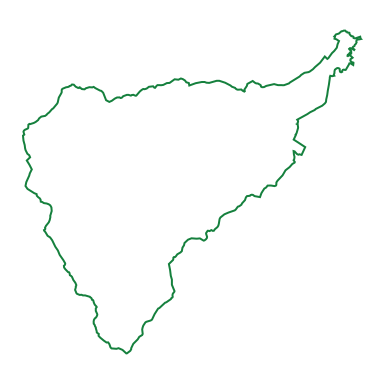 the district of Slatina, Suceava, Romania
{"feature_id": "2599482B74228482681233", "entity_name": "Slatina", "entity_type": "district", "adm_level": 2, "iso_a3": "ROU", "parent_name": "Romania", "parent_adm1": "Suceava", "projection": "mercator", "projection_center": [25.97, 47.412], "detail": "fine", "context": "isolated", "style": "outline", "palette": "green", "viewbox_px": 384, "rotation_deg": 0, "n_neighbors": 0, "source": "geoboundaries", "source_scale": "gbopen_adm2", "svg_char_len": 5741}
<svg xmlns="http://www.w3.org/2000/svg" viewBox="0 0 384 384"><path d="M360.6,38.6L360.2,36.7L355.2,38.4L353.8,38.1L353.5,37.9L353.5,36.9L353.3,36.6L352.0,36.1L351.4,36.2L349.8,34.5L349.5,33.9L349.5,33.0L349.2,32.7L347.3,32.5L346.8,31.7L346.0,31.6L345.2,30.6L343.8,30.6L342.4,31.2L341.4,31.3L338.8,33.6L336.0,34.4L334.4,36.4L335.0,36.6L334.5,38.7L336.4,39.3L339.0,41.0L337.6,44.2L336.8,47.7L334.2,51.0L332.0,53.1L328.3,58.2L327.3,58.9L324.8,56.5L320.1,62.7L315.0,67.1L313.0,69.2L309.8,71.5L308.6,72.1L304.5,72.8L301.2,74.9L299.6,76.5L289.9,82.5L289.0,83.4L284.0,85.2L277.9,85.1L274.1,84.1L266.3,85.9L264.0,87.1L262.1,87.2L261.1,86.7L260.9,86.3L260.8,85.4L260.3,84.9L257.9,83.5L256.2,83.4L255.0,82.8L252.7,81.0L247.4,83.9L246.8,86.0L244.4,89.6L244.8,91.2L244.3,91.6L242.6,90.7L241.3,89.5L237.8,89.7L237.0,89.5L235.7,88.7L235.1,87.9L231.9,86.7L230.5,85.5L225.1,82.7L219.3,80.8L216.7,80.8L209.2,82.9L206.5,82.7L204.6,82.0L201.8,82.0L195.7,83.2L189.3,85.5L188.8,83.0L186.3,82.3L185.0,80.5L182.8,79.1L180.9,78.5L178.4,79.7L174.6,79.3L169.6,82.9L166.8,83.1L163.3,84.9L161.3,85.2L157.6,85.1L156.7,85.7L155.1,87.8L154.4,87.7L153.1,86.3L148.9,86.8L146.6,88.6L144.6,89.2L143.2,89.0L141.7,89.9L139.8,91.5L136.3,95.6L135.4,95.7L133.3,94.8L131.6,95.1L130.9,95.6L128.6,94.9L126.8,94.9L123.5,96.1L122.8,96.5L122.5,97.1L121.9,97.6L121.2,97.9L120.5,98.0L119.6,97.4L117.0,97.5L114.8,98.6L111.8,100.8L109.3,101.9L106.1,100.2L103.2,92.8L101.9,91.4L101.1,90.8L100.1,90.6L95.3,88.1L94.1,87.2L93.6,86.9L92.3,87.4L89.3,87.2L85.8,88.3L84.6,89.3L83.0,89.2L81.8,89.0L81.3,88.4L80.1,88.1L79.7,87.3L78.2,88.0L75.7,86.7L73.8,84.7L72.0,84.5L70.7,85.8L69.5,86.0L69.0,86.6L67.9,87.0L66.0,87.3L62.7,88.7L61.9,89.4L61.7,90.2L61.7,92.2L61.3,93.2L58.8,97.6L57.7,102.6L57.1,103.7L53.2,108.4L52.0,109.2L49.2,112.4L47.4,113.8L46.6,114.8L45.1,115.9L41.3,116.6L39.1,118.4L38.1,120.1L35.6,122.0L33.7,123.0L30.1,124.1L29.4,123.9L28.4,124.7L28.2,127.9L27.8,128.5L24.9,129.8L23.9,130.7L23.5,131.6L23.6,132.3L24.3,134.6L23.0,135.6L23.1,136.9L23.5,140.7L24.7,145.1L25.1,148.3L25.6,150.2L27.4,153.8L29.2,155.2L30.1,157.3L26.8,160.5L29.4,164.7L31.8,169.4L29.8,173.4L29.2,175.7L26.3,182.1L25.5,186.0L27.5,188.9L34.3,193.2L36.6,194.1L36.8,195.7L38.2,197.2L39.7,198.3L40.5,199.5L40.8,201.7L42.2,202.0L43.9,203.1L46.7,203.5L48.8,204.3L50.3,205.4L51.4,207.4L51.7,211.0L50.2,216.0L50.4,216.9L49.7,220.1L48.8,222.3L46.0,225.8L45.0,227.8L45.3,228.8L44.7,229.8L44.0,230.1L44.1,230.6L45.4,232.1L47.6,235.8L50.1,237.4L52.2,240.3L55.3,246.7L57.9,250.5L59.7,254.9L63.4,260.2L65.2,263.4L65.1,264.3L64.8,265.0L63.9,265.8L64.1,267.5L65.3,269.2L68.1,272.1L69.1,272.3L69.5,273.0L69.9,275.2L71.2,276.0L72.0,276.9L73.4,280.1L75.3,282.7L76.3,285.0L76.2,285.8L75.8,286.3L75.8,287.4L75.1,289.9L76.5,293.3L77.0,293.8L79.6,294.9L81.6,294.8L82.9,295.4L85.1,295.4L89.9,296.8L90.2,297.3L91.2,297.9L91.7,298.6L91.9,299.7L93.0,300.1L93.3,300.5L93.8,302.5L94.7,304.6L96.6,306.7L96.7,307.1L95.8,308.4L95.8,310.9L97.1,313.8L97.3,314.4L97.2,315.2L96.6,316.6L95.7,317.8L94.8,318.4L93.9,320.0L93.6,322.0L93.8,323.1L93.7,323.7L94.6,324.8L95.1,326.4L95.8,327.4L95.8,328.2L96.7,331.3L96.8,332.5L98.8,334.0L98.6,335.2L98.6,335.9L100.2,337.6L103.8,340.6L106.5,342.5L108.2,342.4L109.4,344.2L110.5,347.4L111.5,348.4L116.4,348.8L118.6,348.2L122.5,349.9L126.3,353.4L127.0,353.3L130.3,350.8L131.2,349.2L131.2,348.2L133.3,343.8L137.7,339.4L139.3,336.8L142.2,335.0L142.7,333.9L142.2,329.5L142.6,327.6L143.3,325.6L145.3,322.5L146.3,321.8L150.7,320.5L152.0,319.6L154.6,314.1L158.1,308.6L159.4,308.0L165.1,302.7L166.3,302.3L170.9,299.1L171.4,298.1L172.4,297.5L172.7,296.9L172.5,295.5L172.6,294.4L172.9,293.6L174.3,291.8L174.5,291.1L171.9,284.8L171.9,279.6L170.8,275.8L170.1,270.1L168.9,264.0L173.0,260.0L173.3,259.2L173.4,257.6L174.1,257.0L174.9,257.1L175.7,256.5L177.3,254.3L180.4,252.5L181.8,251.2L182.5,247.6L184.0,245.3L184.5,243.0L188.0,239.7L191.5,238.3L196.7,238.7L199.9,238.4L203.6,240.6L204.5,240.4L205.9,239.3L206.8,238.2L207.1,236.9L206.1,233.8L206.1,233.1L207.5,231.0L207.9,230.7L209.6,231.1L211.3,230.1L212.9,230.9L213.9,230.7L214.8,229.3L217.4,227.1L218.3,225.7L218.8,223.9L219.6,219.0L220.4,217.5L224.4,214.3L228.6,212.5L234.7,210.4L235.7,209.6L237.8,206.7L239.3,206.2L241.4,204.7L242.0,203.4L245.0,200.1L245.9,197.4L247.0,196.1L249.9,195.8L250.5,195.1L251.9,194.7L253.1,195.0L254.5,196.1L260.0,197.1L261.4,193.2L262.5,191.4L264.3,188.6L266.1,187.5L267.6,185.6L270.8,185.5L274.6,186.1L275.9,185.6L276.3,184.9L276.4,182.4L277.6,180.6L282.6,175.3L285.5,170.3L289.6,167.1L292.3,164.0L294.6,162.6L294.8,162.0L293.6,160.2L294.1,159.5L294.3,158.6L294.5,156.9L293.9,154.4L293.6,151.1L294.6,151.4L296.8,153.9L297.7,154.4L298.4,154.7L299.4,154.3L301.6,154.9L305.2,147.1L293.7,139.6L295.9,134.9L295.6,134.7L296.6,133.1L298.0,128.2L298.1,127.4L297.7,124.6L297.0,124.1L297.7,123.7L297.6,122.8L298.0,122.1L298.1,121.0L297.2,119.7L307.4,114.1L310.2,112.2L314.7,110.0L315.7,109.0L322.2,105.7L324.9,103.4L325.9,102.0L326.1,100.9L326.2,99.5L327.2,95.1L327.8,90.7L328.9,84.7L329.8,78.2L329.8,77.2L330.3,75.8L332.1,76.2L334.3,75.7L333.8,74.8L334.4,73.2L334.5,71.2L334.9,69.7L336.7,68.3L337.9,68.0L339.3,68.5L339.7,69.0L339.8,70.9L340.1,71.8L341.1,72.3L342.2,71.8L342.1,71.1L342.8,69.9L343.9,69.6L345.1,70.0L345.8,69.8L348.8,64.7L349.4,63.3L350.4,63.3L353.2,65.0L353.5,62.8L353.4,62.6L351.7,62.1L350.6,61.0L350.3,60.3L350.5,59.2L352.6,57.7L350.2,55.4L349.0,55.4L347.9,56.1L347.5,55.9L347.8,54.8L348.9,54.7L348.7,54.2L349.8,52.8L350.7,53.8L351.2,53.6L351.3,52.7L351.1,52.0L351.2,51.0L349.3,49.3L349.1,48.9L350.1,48.1L353.2,49.3L354.1,50.0L354.4,49.6L352.7,48.2L352.5,47.6L353.2,46.7L354.4,46.1L354.8,44.8L355.8,43.9L356.6,42.3L356.3,41.4L356.5,40.5L357.6,39.3L358.6,39.5L361.0,39.0L360.6,38.6Z" fill="none" stroke="#15803d" stroke-width="2"/></svg>